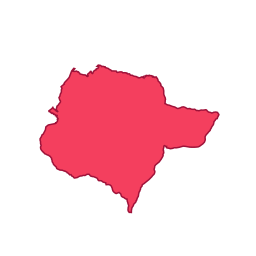 outline of Saschiz, Mures, Romania, rotated 334°
{"feature_id": "2599482B37274548789390", "entity_name": "Saschiz", "entity_type": "district", "adm_level": 2, "iso_a3": "ROU", "parent_name": "Romania", "parent_adm1": "Mures", "projection": "robinson", "projection_center": [24.99, 46.172], "detail": "fine", "context": "isolated", "style": "filled", "palette": "rose", "viewbox_px": 256, "rotation_deg": 334, "n_neighbors": 0, "source": "geoboundaries", "source_scale": "gbopen_adm2", "svg_char_len": 5658}
<svg xmlns="http://www.w3.org/2000/svg" viewBox="0 0 256 256"><g transform="rotate(334 128 128)"><path d="M94.0,205.4L95.0,203.5L96.5,201.5L97.7,200.7L98.7,200.2L99.6,199.1L102.3,198.1L103.0,197.6L103.4,196.9L104.4,196.5L104.5,196.2L105.8,194.9L107.2,194.0L107.6,193.6L108.4,192.3L109.5,190.9L110.1,190.3L110.8,190.0L111.2,189.5L112.4,188.5L113.2,187.2L115.0,186.5L116.0,185.2L118.0,185.0L124.4,183.5L128.1,182.2L129.2,181.6L131.1,181.0L132.3,180.0L133.0,179.0L133.2,178.5L133.1,177.6L133.4,176.5L134.4,175.4L135.4,173.9L136.8,173.2L141.4,172.1L142.7,171.3L143.8,170.8L146.8,168.8L147.5,168.1L147.9,167.0L149.3,166.0L149.4,165.3L150.0,164.2L149.9,163.6L150.2,163.0L150.8,162.0L151.6,161.3L151.8,160.7L152.4,159.9L153.0,159.8L153.3,160.3L153.9,160.8L153.9,161.1L153.9,161.3L154.1,161.5L154.5,161.6L154.0,162.2L154.1,162.7L154.3,163.0L155.6,163.9L157.0,165.2L159.3,165.9L160.9,166.0L162.8,167.0L165.6,167.8L169.6,168.5L171.6,169.7L175.2,172.3L177.7,173.6L180.3,174.8L182.7,175.7L184.2,175.8L186.9,175.3L188.2,175.1L190.5,174.2L191.8,173.0L192.5,172.0L192.9,170.8L193.5,169.6L194.7,168.7L195.9,168.1L197.3,167.6L198.4,167.0L200.7,166.2L201.7,165.2L202.9,164.5L203.9,163.6L206.2,162.4L207.7,160.6L207.9,160.1L208.5,159.8L209.7,159.3L210.5,158.6L211.5,158.5L212.1,158.7L212.4,158.6L213.2,157.6L214.1,157.1L214.5,156.6L215.5,156.0L215.6,155.3L215.4,154.8L215.3,153.3L214.9,152.9L213.8,152.1L211.8,151.4L211.0,151.5L209.8,151.2L209.0,150.2L207.3,148.9L206.6,147.0L206.5,146.3L205.9,145.7L203.9,145.1L202.6,144.5L201.6,143.9L199.3,143.6L198.3,142.8L197.2,142.3L196.4,140.7L195.9,140.2L194.9,139.9L193.5,139.1L192.8,138.4L192.1,137.5L191.5,137.5L190.7,137.0L189.7,136.6L188.7,134.9L187.3,133.4L185.7,132.8L183.9,132.8L182.0,132.5L181.3,132.3L180.7,131.8L179.3,129.7L177.3,128.0L175.0,125.5L173.8,124.7L173.0,123.8L172.4,122.6L171.9,122.2L172.7,121.1L173.7,119.2L174.2,118.8L174.4,118.2L174.7,117.0L174.7,115.4L174.9,113.5L175.4,112.3L176.4,110.3L177.0,108.0L177.1,107.2L176.1,104.2L176.5,103.7L176.7,102.3L176.4,101.4L176.5,101.0L175.7,99.1L175.8,98.6L176.1,97.3L176.0,95.9L175.8,95.7L175.8,94.7L175.7,94.4L174.8,94.2L174.3,94.4L173.5,92.9L173.0,92.8L172.7,93.2L172.4,92.9L172.3,92.7L172.5,92.5L172.8,92.4L172.9,92.2L171.8,91.1L170.7,90.5L170.5,90.1L170.0,90.2L169.8,90.0L169.2,90.0L169.1,89.6L167.7,89.2L167.5,88.7L167.0,88.7L166.5,89.4L165.7,89.6L164.1,89.1L164.0,88.8L164.4,88.5L163.8,88.5L163.6,88.6L163.7,89.3L162.7,88.1L160.4,88.0L159.2,87.3L159.1,87.2L159.1,86.6L158.4,86.1L158.0,85.4L155.9,83.9L155.5,83.4L155.2,82.7L154.8,82.4L153.3,81.6L153.2,80.3L153.1,80.0L152.2,79.6L151.2,79.0L150.9,78.5L151.1,78.0L150.3,77.6L149.6,77.0L147.5,76.1L147.2,75.1L146.4,74.5L144.9,73.9L143.0,73.5L142.4,72.9L142.5,72.1L142.4,71.7L138.3,69.5L138.0,68.4L136.8,67.0L136.6,66.2L136.4,65.9L134.0,63.6L133.9,63.3L134.2,62.9L133.1,62.2L132.5,61.5L131.4,61.4L131.0,60.2L130.8,59.8L130.0,59.1L129.1,59.2L128.8,58.4L127.2,59.0L127.9,59.4L128.4,60.3L128.1,60.6L127.6,60.8L127.0,61.3L126.5,61.1L125.4,61.0L125.1,61.1L125.1,61.5L124.9,61.7L123.3,61.6L121.9,62.0L121.1,62.6L120.6,63.2L120.0,63.5L119.7,63.3L119.4,62.4L119.6,60.9L119.3,60.7L118.9,60.7L118.0,61.3L115.7,61.8L115.2,62.2L115.0,62.7L115.0,63.7L114.4,64.0L114.1,63.9L113.6,63.4L113.6,62.5L113.0,62.1L112.8,61.5L111.4,60.8L108.6,58.4L108.5,58.2L108.6,57.5L108.2,56.8L108.1,55.8L107.4,55.6L107.0,54.7L106.6,54.2L105.9,54.1L105.2,53.9L103.0,52.7L103.3,52.0L103.8,52.1L104.0,51.9L104.5,52.0L105.9,51.5L106.2,51.3L105.4,50.6L102.3,52.1L97.4,56.7L95.2,57.7L91.0,59.3L89.8,60.2L89.9,60.6L87.4,61.1L85.9,61.6L86.1,62.8L85.9,63.6L85.4,63.9L84.9,64.4L83.8,66.6L82.1,67.8L80.7,69.5L79.3,70.4L78.9,73.1L79.2,73.7L79.0,74.5L78.7,74.7L78.5,75.2L76.3,76.2L75.4,76.8L74.2,77.2L73.8,77.2L73.1,78.0L73.0,78.4L72.5,78.7L71.7,79.8L71.8,81.2L72.1,82.3L71.9,82.4L71.1,81.5L70.8,80.6L70.7,79.9L70.4,79.7L70.4,79.3L69.8,78.4L69.5,77.4L69.5,76.5L68.0,77.2L64.4,77.9L64.3,78.3L64.8,78.3L64.7,78.7L65.0,79.4L65.0,79.7L65.3,79.8L65.5,80.0L65.6,81.0L66.4,81.3L66.3,81.7L67.1,82.0L67.2,82.5L67.2,83.0L67.9,83.3L67.7,83.7L68.5,84.3L68.5,84.6L69.2,85.3L69.7,85.5L69.8,85.6L69.7,85.8L68.9,85.8L69.2,86.1L68.8,86.6L69.1,86.8L69.0,87.4L69.2,87.9L69.0,88.7L69.1,89.0L68.4,89.1L68.6,89.5L68.5,89.9L67.8,90.5L67.4,91.2L66.2,91.5L65.8,91.9L65.3,91.6L65.1,92.0L64.7,91.9L64.5,92.1L58.0,90.4L57.2,90.4L54.7,91.0L52.9,93.5L49.0,96.4L47.9,96.4L46.1,98.0L44.3,99.1L44.0,99.9L43.7,100.2L43.4,101.9L42.6,103.6L42.4,104.5L42.4,105.3L42.0,105.9L41.0,106.8L40.4,108.5L40.5,110.0L41.1,112.3L41.4,112.6L41.4,113.1L41.8,114.0L41.9,114.7L42.5,115.2L43.7,116.9L44.7,117.7L45.1,118.8L45.5,119.1L45.7,119.9L45.8,120.8L46.1,121.7L45.7,122.3L45.6,123.7L45.1,125.1L45.1,125.8L45.3,126.9L45.1,128.0L45.6,129.6L46.4,131.6L46.2,133.2L47.1,134.5L48.0,135.4L48.3,135.9L50.5,137.2L51.6,138.5L52.3,138.9L52.3,139.2L52.8,139.6L53.5,140.6L53.7,140.8L53.8,141.0L53.7,141.5L54.0,141.7L54.6,142.8L54.8,143.7L55.2,144.7L56.3,144.9L56.5,146.7L57.3,147.6L57.5,148.1L57.6,149.0L58.0,149.5L58.6,149.7L60.8,150.3L62.7,150.1L64.3,150.3L65.6,150.9L66.3,150.8L67.6,151.2L68.4,151.8L69.4,151.8L70.8,151.6L72.8,152.6L73.2,154.4L73.6,155.1L73.9,155.4L74.2,155.5L74.9,156.2L75.3,156.3L75.8,156.7L78.1,159.3L78.4,160.5L78.3,160.8L78.4,162.1L78.5,162.3L78.8,162.6L80.9,163.7L81.9,165.7L84.0,167.5L83.7,168.2L83.5,169.4L85.6,170.2L87.0,171.5L87.5,172.8L87.4,175.3L87.1,176.3L86.9,177.9L87.0,178.6L87.3,179.6L87.8,180.6L88.6,181.7L91.7,182.0L92.6,184.1L92.2,186.2L92.5,187.1L93.4,188.4L93.9,188.7L94.4,190.0L95.2,191.1L95.9,191.4L95.2,193.7L95.1,195.2L94.8,196.0L94.7,197.7L94.2,198.6L93.4,199.4L92.1,201.6L91.8,202.7L92.1,204.4L92.7,204.6L94.0,205.4Z" fill="#f43f5e" stroke="#9f1239" stroke-width="1.5"/></g></svg>